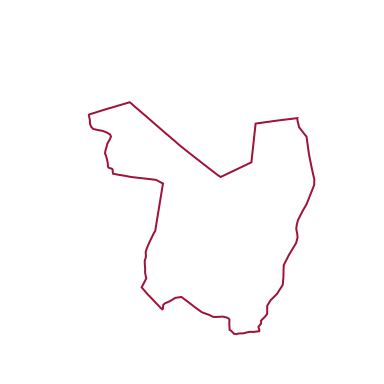 outline of Kulbus, Western Darfur, Sudan, rotated 300°
{"feature_id": "16777658B88334295817955", "entity_name": "Kulbus", "entity_type": "district", "adm_level": 2, "iso_a3": "SDN", "parent_name": "Sudan", "parent_adm1": "Western Darfur", "projection": "mercator", "projection_center": [22.731, 14.61], "detail": "fine", "context": "isolated", "style": "outline", "palette": "rose", "viewbox_px": 384, "rotation_deg": 300, "n_neighbors": 0, "source": "geoboundaries", "source_scale": "gbopen_adm2", "svg_char_len": 2813}
<svg xmlns="http://www.w3.org/2000/svg" viewBox="0 0 384 384"><g transform="rotate(300 192 192)"><path d="M207.7,64.2L207.3,64.3L207.2,64.2L207.0,64.4L205.7,65.4L205.0,66.0L203.1,67.7L202.9,67.8L201.4,68.7L199.9,69.7L197.9,72.4L197.2,74.9L198.7,79.8L200.3,84.2L200.9,88.9L200.9,92.2L199.6,94.1L196.5,94.5L191.6,94.5L188.9,95.3L184.7,96.3L181.8,97.4L181.0,98.7L178.7,101.1L175.4,104.2L171.8,106.7L171.4,108.3L171.8,109.6L172.1,111.2L171.6,112.2L170.3,112.9L168.4,114.5L168.6,115.0L169.7,118.4L172.7,126.4L174.4,131.4L181.0,146.6L184.5,154.7L184.8,162.7L179.3,164.7L139.6,179.7L137.6,179.5L128.9,180.1L120.6,181.0L119.0,181.4L116.8,181.9L115.4,182.9L113.9,183.9L111.7,184.9L109.5,185.2L107.5,186.2L104.7,188.0L102.0,189.9L99.1,191.4L95.7,194.3L94.4,195.6L84.2,196.1L80.7,206.3L80.7,206.8L75.8,223.3L75.5,224.9L76.1,225.2L78.0,224.4L79.6,223.6L81.8,224.1L86.5,227.5L91.9,230.4L95.8,235.3L94.9,243.0L93.5,253.7L92.8,260.8L94.1,268.0L94.4,272.7L95.8,275.3L97.6,278.1L99.4,280.8L100.7,284.9L100.7,287.2L100.1,288.3L99.1,288.8L97.7,289.5L96.7,290.1L91.4,293.5L91.4,295.0L90.9,296.9L90.4,299.0L90.2,299.4L90.9,300.8L91.1,301.6L92.8,303.1L95.1,306.9L99.0,311.0L99.7,311.9L101.8,315.6L104.3,318.8L105.0,319.8L106.4,319.2L107.8,317.5L108.7,316.9L110.0,317.2L111.6,317.4L112.4,317.6L113.5,317.2L114.7,316.2L116.5,316.4L120.1,317.5L123.7,318.0L123.9,318.1L125.0,317.5L131.1,314.0L137.7,314.2L146.4,316.6L149.3,316.7L157.0,317.0L163.8,313.8L174.5,308.0L186.3,307.4L199.8,307.7L205.3,306.2L207.8,304.5L212.2,300.7L216.1,299.1L220.8,297.8L230.8,297.3L238.7,297.3L259.2,294.3L264.1,291.6L271.4,284.8L282.7,274.8L297.2,263.5L297.9,261.6L301.6,252.4L306.8,247.5L307.5,247.0L308.4,246.1L308.5,246.1L305.7,242.4L298.6,232.9L295.6,229.0L293.4,226.1L292.8,225.4L291.7,224.0L290.9,223.0L290.7,222.7L289.5,221.1L288.6,220.0L288.0,219.2L287.8,219.0L287.5,218.6L287.3,218.4L287.0,218.0L286.8,217.6L285.6,216.2L285.4,215.9L285.0,215.4L284.9,215.2L284.4,214.6L284.1,214.2L283.8,213.8L283.2,213.1L283.0,212.9L247.4,228.6L219.3,209.3L219.5,206.9L219.4,206.8L219.6,205.2L219.7,204.5L219.8,203.5L219.9,203.0L219.9,202.8L220.1,201.5L220.1,201.3L220.4,199.2L220.8,196.0L221.0,194.5L221.5,191.4L221.7,189.4L221.9,188.0L222.4,184.5L222.9,181.2L223.1,179.2L223.3,178.1L223.7,175.3L224.0,173.0L224.1,172.4L224.8,167.7L225.0,166.2L225.2,164.9L225.9,160.0L226.0,159.3L226.2,158.4L226.5,156.7L227.4,152.2L227.7,150.7L228.1,148.2L228.6,146.0L229.3,142.1L229.4,141.3L230.5,135.6L231.3,131.4L231.9,128.5L232.0,128.0L232.1,127.2L233.0,122.4L233.1,122.1L234.5,115.1L235.3,110.6L235.9,107.5L236.0,106.8L236.4,104.8L237.5,98.9L237.6,98.7L238.4,94.6L238.5,93.7L238.6,93.2L232.1,87.0L228.6,83.7L224.8,80.1L223.2,78.5L222.9,78.2L218.6,74.2L217.2,72.9L212.7,68.8L212.6,68.7L210.6,66.8L208.8,65.2L207.7,64.2Z" fill="none" stroke="#9f1239" stroke-width="2"/></g></svg>